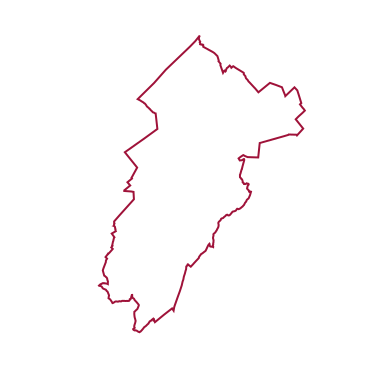 outline of San Salvador el Seco, Puebla, Mexico, rotated 20°
{"feature_id": "50627088B87389921667442", "entity_name": "San Salvador el Seco", "entity_type": "district", "adm_level": 2, "iso_a3": "MEX", "parent_name": "Mexico", "parent_adm1": "Puebla", "projection": "equal_earth", "projection_center": [-97.611, 19.143], "detail": "fine", "context": "isolated", "style": "outline", "palette": "rose", "viewbox_px": 384, "rotation_deg": 20, "n_neighbors": 0, "source": "geoboundaries", "source_scale": "gbopen_adm2", "svg_char_len": 5991}
<svg xmlns="http://www.w3.org/2000/svg" viewBox="0 0 384 384"><g transform="rotate(20 192 192)"><path d="M247.2,179.0L247.4,178.3L247.6,175.2L247.3,170.7L247.2,171.1L247.2,171.3L246.7,172.0L246.7,172.3L246.0,172.4L245.3,171.9L245.0,171.2L242.9,170.2L242.4,169.6L242.5,169.0L242.2,167.8L242.4,166.4L242.7,165.8L242.6,165.3L242.1,165.0L241.1,165.2L240.4,165.1L240.2,165.3L239.9,165.9L239.4,166.3L238.2,166.7L237.9,166.1L237.2,166.0L236.3,165.6L236.1,164.8L235.8,164.4L234.7,163.0L233.9,162.9L233.0,162.1L232.3,161.9L232.1,161.8L232.0,161.6L231.6,160.6L231.5,160.2L231.2,159.6L231.2,158.9L231.3,158.2L231.2,157.8L230.9,153.6L231.1,153.3L230.9,152.5L230.9,151.9L230.8,151.7L230.2,144.4L230.0,143.7L229.8,143.5L229.7,143.3L229.3,143.4L229.1,143.7L228.9,143.9L228.7,144.3L228.4,144.7L227.6,145.3L226.1,146.0L224.3,144.5L225.6,142.4L227.5,139.8L229.7,140.1L232.3,140.2L242.4,136.9L239.3,124.5L238.9,122.8L259.2,108.2L263.1,105.3L263.2,104.9L270.7,102.4L271.3,102.9L274.8,94.4L264.6,88.2L266.3,84.5L268.8,79.8L270.2,76.9L268.8,75.9L266.9,74.9L263.5,72.7L264.3,71.1L259.0,64.1L256.2,60.5L252.5,58.6L246.9,70.0L246.3,69.1L244.0,66.6L240.7,62.8L234.3,62.7L227.9,62.8L220.3,75.6L215.6,72.9L215.3,72.8L208.3,69.2L207.3,68.8L206.0,67.7L203.9,66.7L202.9,65.5L202.7,65.0L200.4,63.7L200.3,63.4L200.1,62.6L199.8,62.3L195.9,61.5L190.8,60.5L187.9,59.7L187.7,59.7L186.5,61.8L185.8,61.1L184.2,60.3L183.0,62.8L182.4,63.6L182.3,64.1L182.3,64.6L182.2,65.1L182.3,65.7L182.2,66.2L182.4,66.8L182.2,67.3L181.1,66.7L180.8,67.0L180.4,69.4L175.2,63.0L175.0,61.7L172.2,60.1L172.2,59.4L170.7,57.3L169.4,55.6L165.5,53.8L163.9,53.4L152.9,51.7L152.3,50.0L151.7,49.8L151.3,50.3L150.6,50.1L149.7,50.4L149.1,50.4L149.0,49.6L148.1,48.8L148.3,48.0L147.3,47.1L146.6,46.4L146.3,46.0L145.9,45.2L145.8,44.7L145.7,44.1L145.8,42.3L143.5,49.1L140.4,56.0L125.6,86.0L119.1,102.5L109.2,123.3L112.2,123.7L113.3,124.0L115.9,124.5L116.6,124.9L117.0,124.9L117.7,125.1L119.4,126.2L120.3,127.0L122.8,127.9L123.4,128.3L124.2,128.5L125.2,129.2L126.3,129.6L128.0,130.5L128.9,130.4L129.9,130.6L130.7,130.8L131.0,130.7L133.4,135.5L137.9,144.6L129.3,157.4L115.3,177.6L132.1,187.8L130.5,198.3L130.3,199.4L131.0,199.9L128.0,204.9L131.7,207.0L127.8,213.6L128.0,214.2L134.7,212.3L137.0,211.9L139.9,218.7L131.8,238.8L128.9,246.3L129.4,247.5L129.8,248.0L129.6,248.2L129.9,248.8L129.9,249.4L130.2,249.8L130.2,250.2L130.5,250.5L130.4,250.6L130.5,250.6L130.9,250.8L131.4,251.1L131.6,251.2L132.7,253.3L132.9,253.3L133.1,253.9L133.5,254.6L133.8,254.9L130.8,258.5L134.6,261.1L134.3,261.9L134.5,262.7L134.5,263.3L134.8,265.0L134.7,265.6L135.2,268.9L135.2,269.6L135.7,269.8L135.1,271.7L137.0,272.6L136.8,273.2L135.1,277.5L134.8,277.9L134.5,278.8L134.2,278.7L133.7,280.6L133.1,282.4L133.0,282.7L135.0,283.7L134.7,284.8L134.6,286.1L134.8,286.7L135.0,287.3L134.9,294.0L135.0,296.2L138.1,300.6L138.4,300.7L139.2,300.8L140.1,301.3L140.7,301.4L141.7,302.1L142.3,303.1L142.5,303.5L143.6,304.8L143.8,305.5L144.1,306.5L144.4,307.3L143.5,307.2L142.8,307.4L142.2,307.4L140.9,307.8L140.4,307.7L140.0,308.1L139.3,308.2L138.8,308.7L138.4,309.4L137.6,309.9L137.0,311.0L136.6,311.8L136.8,311.9L138.4,311.6L139.5,311.8L140.1,312.2L140.5,312.6L141.4,313.1L142.0,313.2L144.5,313.3L145.7,314.2L146.5,314.4L146.8,314.6L149.4,317.5L149.6,318.9L149.9,320.4L151.8,320.9L154.2,322.6L155.3,323.6L155.5,323.5L156.2,322.8L157.0,321.6L157.6,321.1L158.0,320.8L159.9,320.4L160.2,320.2L160.3,320.0L160.8,319.7L161.1,319.6L161.4,319.3L162.4,319.2L163.0,318.9L163.4,318.3L164.0,318.0L164.8,317.8L165.1,317.7L165.3,317.5L166.5,317.3L167.8,316.7L168.9,316.4L169.1,316.2L169.8,316.0L170.1,315.8L170.4,315.1L170.2,314.0L170.9,313.6L171.0,312.4L170.8,311.3L170.7,309.1L170.5,308.5L171.1,309.3L171.1,309.7L171.5,310.7L172.7,311.9L173.9,312.1L174.2,312.3L175.1,313.2L177.7,314.5L179.2,315.4L179.6,315.6L180.6,316.3L180.8,316.8L180.7,320.5L180.5,321.0L179.9,322.1L179.2,323.6L178.8,324.3L179.0,324.7L179.1,325.2L179.5,326.4L180.5,328.5L181.2,329.7L182.2,331.0L182.4,331.4L183.1,332.4L183.4,334.7L183.4,336.1L183.6,337.9L183.9,338.5L184.6,339.2L183.6,340.9L183.8,341.3L184.6,341.6L185.3,341.7L185.8,341.6L186.1,341.3L187.5,341.2L188.9,341.6L190.0,341.7L190.3,341.5L190.6,341.6L190.8,341.2L191.2,341.0L191.4,340.7L192.2,338.8L192.7,337.4L193.0,336.7L193.1,335.8L194.6,333.5L195.3,331.9L196.1,330.5L196.1,329.7L196.4,329.1L196.4,328.3L196.9,327.5L197.6,326.9L197.8,326.0L198.4,325.2L198.8,324.5L199.6,325.6L200.0,324.9L200.8,326.1L201.7,327.0L207.6,317.0L213.1,308.2L215.3,309.8L214.7,306.5L214.6,304.9L214.5,296.0L214.5,293.0L214.5,289.4L214.3,283.3L213.8,279.4L213.8,277.3L213.3,274.3L213.2,270.9L212.9,268.2L212.9,266.7L212.1,263.9L213.1,262.0L212.1,261.0L213.4,261.6L216.4,262.6L217.9,259.1L218.2,258.2L218.4,257.8L219.3,255.6L220.2,253.5L220.4,253.1L221.0,251.6L220.8,250.9L221.1,249.5L221.4,248.7L221.7,247.4L221.9,247.2L222.1,246.8L222.6,246.3L224.2,243.7L224.8,242.9L225.0,241.7L225.4,237.0L225.6,235.9L226.1,234.7L226.3,234.9L226.5,235.5L227.0,236.3L227.2,236.6L227.6,236.9L228.4,236.9L229.8,236.4L230.7,236.5L230.5,235.8L230.1,235.6L229.9,235.3L229.8,234.9L229.9,234.1L229.4,232.8L229.4,232.1L229.2,231.4L228.8,230.3L228.8,230.0L228.3,229.3L227.6,228.3L227.3,227.4L227.1,225.6L226.6,224.5L226.6,224.0L227.6,222.3L227.7,221.8L227.9,221.4L227.9,220.8L228.3,219.7L228.3,219.1L228.3,218.7L228.5,217.7L228.7,216.2L228.6,215.1L228.4,214.2L228.2,213.6L227.6,212.7L227.3,212.1L227.3,211.8L227.3,211.3L227.6,210.4L227.8,210.1L228.4,208.9L228.5,208.5L228.5,207.5L228.8,206.8L229.8,206.1L230.2,205.7L230.5,205.0L230.8,204.3L231.6,203.2L231.7,202.7L232.1,201.9L232.8,201.3L233.5,201.4L233.8,201.6L234.2,201.6L235.0,201.2L235.6,200.3L236.4,198.0L236.7,197.0L237.0,196.5L238.5,195.5L239.4,194.7L239.7,194.0L239.9,193.0L240.2,192.3L240.5,192.2L241.7,192.2L242.1,191.8L242.8,191.1L243.2,190.5L243.9,189.2L244.4,188.5L245.1,186.7L245.3,186.4L245.5,184.4L245.6,183.8L246.0,182.8L246.1,182.7L246.2,182.4L246.1,181.4L246.3,180.4L246.5,180.1L247.0,179.2L247.2,179.0Z" fill="none" stroke="#9f1239" stroke-width="2"/></g></svg>